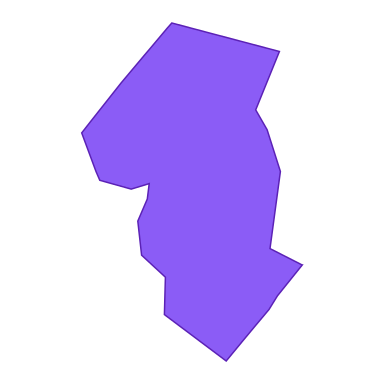 SVG path tracing the border of Galguduud
{"feature_id": "SOM-2408", "entity_name": "Galguduud", "entity_type": "Region", "adm_level": 1, "iso_a3": "SOM", "parent_name": "Somalia", "parent_adm1": "", "projection": "natural_earth1", "projection_center": [46.568, 5.004], "detail": "fine", "context": "isolated", "style": "filled", "palette": "violet", "viewbox_px": 384, "rotation_deg": 0, "n_neighbors": 0, "source": "natural_earth", "source_scale": "10m", "svg_char_len": 581}
<svg xmlns="http://www.w3.org/2000/svg" viewBox="0 0 384 384"><path d="M81.7,132.9L90.7,121.4L100.9,108.5L111.1,95.6L121.3,82.7L127.1,75.8L132.9,68.9L138.7,62.0L144.5,55.1L150.3,48.3L156.1,41.4L161.9,34.5L167.7,27.6L171.8,23.0L207.6,32.5L243.5,42.0L279.4,51.5L255.7,109.9L267.1,129.7L280.4,171.5L270.0,248.6L301.8,264.8L302.3,264.9L277.4,295.9L269.0,309.5L254.4,326.9L242.1,341.7L226.2,361.0L225.8,360.7L164.4,314.6L165.4,277.2L141.6,255.2L137.8,221.1L147.3,199.0L149.2,183.6L131.2,189.1L99.8,180.3L96.0,171.5L81.7,132.9Z" fill="#8b5cf6" stroke="#5b21b6" stroke-width="1.5"/></svg>